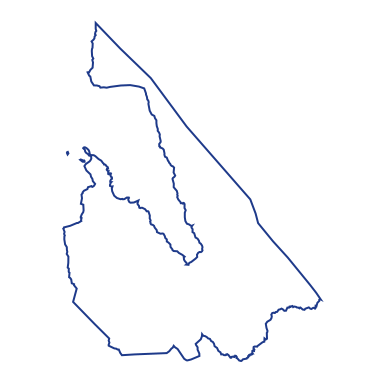 the district of Mangochi, Mangochi, Malawi
{"feature_id": "42251766B89682559169951", "entity_name": "Mangochi", "entity_type": "district", "adm_level": 2, "iso_a3": "MWI", "parent_name": "Malawi", "parent_adm1": "Mangochi", "projection": "orthographic", "projection_center": [35.105, -14.138], "detail": "fine", "context": "isolated", "style": "outline", "palette": "blue", "viewbox_px": 384, "rotation_deg": 0, "n_neighbors": 0, "source": "geoboundaries", "source_scale": "gbopen_adm2", "svg_char_len": 5953}
<svg xmlns="http://www.w3.org/2000/svg" viewBox="0 0 384 384"><path d="M199.4,356.0L199.3,353.5L197.6,349.7L197.6,347.3L196.0,344.9L195.7,343.9L200.8,339.3L201.9,336.4L202.1,334.2L203.3,335.8L205.0,336.1L206.7,337.0L208.1,338.4L209.9,338.9L211.2,341.1L212.8,341.9L214.0,343.7L214.6,346.2L217.1,348.0L218.3,350.8L220.5,352.4L221.2,354.4L222.7,354.3L223.9,355.1L225.1,355.2L225.9,355.1L226.2,354.4L227.2,354.2L227.4,354.6L228.3,354.8L230.4,357.7L230.9,357.8L231.3,357.7L231.5,356.9L233.6,356.5L233.8,356.9L234.5,357.0L235.1,355.7L236.0,355.9L236.8,357.0L236.6,358.1L237.5,358.5L239.2,360.5L241.1,361.0L241.6,360.8L243.0,359.3L246.7,358.6L246.9,358.0L248.2,357.4L248.1,356.2L249.2,355.9L249.2,355.1L249.9,355.2L250.2,354.5L251.3,354.7L251.5,354.6L251.2,354.3L251.5,353.7L252.7,353.6L252.4,353.2L252.3,351.0L253.0,350.7L253.9,350.9L253.8,350.3L254.3,349.8L253.6,349.1L253.9,348.8L253.5,348.0L253.7,346.9L254.6,346.5L257.2,346.6L257.4,346.1L262.6,342.2L264.3,341.7L264.5,338.4L265.8,339.5L267.0,338.7L266.8,332.9L267.2,332.4L267.5,330.9L266.5,328.0L265.8,323.8L267.3,321.7L270.5,319.8L271.5,318.0L271.8,316.2L271.3,314.7L272.3,313.0L273.7,312.7L274.5,313.0L275.2,312.8L275.6,312.1L277.2,311.8L278.6,309.7L280.2,309.3L281.5,308.6L282.7,309.2L284.3,310.8L286.0,310.7L287.4,307.6L288.9,307.7L289.4,306.6L289.9,306.5L290.0,306.9L290.5,307.0L291.2,306.4L292.3,306.0L293.1,307.1L294.0,306.5L296.1,306.9L296.9,307.5L298.0,307.5L299.4,308.3L299.9,307.6L300.4,307.5L302.7,309.5L304.5,309.8L305.3,308.7L308.8,307.4L310.2,308.6L311.3,309.0L313.3,307.8L314.3,308.0L315.0,308.6L315.5,308.0L315.4,307.5L316.1,306.9L315.5,306.4L315.6,305.7L316.3,305.9L316.6,305.6L317.4,302.8L319.3,300.9L319.3,299.7L320.3,299.2L320.7,299.4L316.2,292.8L310.0,284.8L287.8,257.6L273.0,241.3L258.1,223.1L255.6,213.5L250.3,199.4L186.6,126.5L150.8,78.1L120.1,48.4L95.7,23.0L95.7,28.9L96.3,30.9L95.5,31.9L95.0,34.1L95.7,35.1L94.6,36.5L94.4,38.4L93.5,39.7L91.6,41.4L92.7,43.5L92.5,47.8L92.0,49.0L91.8,50.9L92.1,56.2L93.3,58.6L92.3,59.9L93.0,62.5L92.6,67.7L90.4,69.9L89.0,72.5L88.6,72.7L88.0,72.2L87.6,72.3L89.2,75.7L90.3,76.5L91.3,81.5L93.9,85.4L96.9,85.5L99.5,86.2L100.4,87.6L103.8,87.3L106.7,87.7L110.2,86.9L120.8,85.5L130.2,85.1L139.0,86.6L144.2,88.4L146.0,93.5L146.0,94.5L146.9,96.8L147.3,99.5L148.2,100.4L148.7,102.2L148.4,103.8L149.7,110.7L151.7,114.5L154.3,115.9L155.0,118.2L156.4,120.3L156.4,123.1L156.8,126.2L157.8,129.0L157.7,130.8L159.0,132.5L159.8,134.4L159.6,136.4L160.7,141.1L160.6,142.1L159.2,144.0L159.3,146.3L160.1,146.6L160.1,147.5L162.5,148.4L163.7,149.6L164.5,153.4L164.4,154.7L165.0,156.7L166.8,157.6L168.0,160.8L168.6,161.3L169.1,162.7L170.2,163.8L170.6,164.9L171.6,165.9L172.8,166.3L174.1,167.6L173.6,172.5L175.2,175.6L174.4,176.8L172.9,178.0L172.5,178.9L173.8,183.7L173.7,187.2L176.8,190.9L177.5,193.5L177.2,194.7L177.7,195.8L177.2,197.1L178.3,199.5L180.6,202.3L180.8,203.2L182.0,203.2L182.8,203.6L183.3,202.9L184.1,203.2L184.6,204.2L184.5,208.0L185.7,210.2L184.8,212.7L184.8,217.3L185.4,221.1L186.9,223.7L189.0,224.4L191.3,226.0L192.3,225.6L191.6,226.6L191.5,227.6L192.6,229.2L192.5,232.1L194.2,233.2L195.5,237.5L197.6,238.7L199.0,240.9L199.4,242.7L200.8,243.7L202.0,245.5L202.5,247.1L202.1,249.0L202.5,250.4L202.0,251.3L200.9,252.1L199.5,252.0L198.2,252.8L197.0,254.7L197.2,257.0L195.6,258.6L191.2,262.0L189.4,262.8L188.6,264.0L188.5,264.8L186.3,264.6L186.7,264.3L186.6,263.0L184.9,261.2L184.0,259.6L183.7,256.7L184.2,257.0L184.6,256.7L182.4,254.9L178.8,252.9L177.3,251.3L173.6,251.0L172.5,250.1L172.4,249.4L170.5,246.9L170.4,244.5L168.4,242.5L166.8,241.5L166.8,239.4L165.3,238.0L164.8,236.1L163.5,233.8L162.7,233.5L160.4,233.7L157.0,232.1L156.7,230.1L154.7,227.6L154.0,225.8L152.8,224.9L151.1,224.4L150.5,223.4L150.5,222.2L150.1,221.7L150.6,220.4L149.7,218.4L149.8,215.5L148.5,211.6L148.0,211.2L146.7,211.3L145.1,209.2L142.3,207.8L141.0,207.8L140.2,208.1L139.3,207.7L138.9,205.7L137.7,204.4L137.5,203.3L138.4,200.5L133.9,202.5L130.5,202.7L129.4,202.1L128.4,200.3L128.3,199.0L129.0,197.9L128.8,197.5L126.9,197.5L124.4,199.1L122.9,199.3L122.4,198.9L120.5,199.2L116.9,198.0L114.2,195.7L112.2,191.3L111.8,188.6L112.5,186.4L111.3,186.5L110.0,185.9L110.0,184.8L110.8,182.6L111.3,182.1L110.3,182.0L110.2,181.1L111.1,179.3L112.0,178.8L111.9,177.3L110.9,176.7L110.7,176.0L110.5,174.2L111.0,173.7L110.8,173.3L109.9,173.3L109.6,174.5L108.3,174.1L108.1,172.9L108.5,171.2L108.0,171.3L106.7,169.7L107.0,168.8L108.1,168.6L107.8,167.2L106.6,166.3L105.4,164.7L104.0,164.5L103.8,163.7L103.0,163.1L101.3,160.7L98.5,159.0L95.3,156.1L93.7,155.2L91.5,155.1L91.1,156.3L91.3,158.6L90.7,159.9L89.7,161.3L85.7,164.1L84.4,166.1L86.4,170.5L90.5,174.4L91.0,176.7L92.4,178.9L92.8,181.1L95.1,183.9L94.1,185.7L92.5,186.9L92.0,186.8L91.4,186.1L88.0,187.2L87.4,189.1L84.0,190.7L82.6,192.4L82.7,193.1L81.5,194.6L82.0,198.3L80.9,203.8L83.3,204.7L83.6,210.4L83.2,212.2L81.8,214.3L80.7,217.0L80.8,217.8L81.2,217.9L81.4,217.1L81.6,217.9L81.0,220.4L81.3,221.0L77.9,223.0L76.9,223.0L70.2,225.8L64.0,227.4L63.9,228.1L63.3,228.6L64.6,231.9L64.1,233.9L64.8,235.6L64.4,236.3L64.3,239.2L65.1,244.4L66.8,247.1L66.9,249.9L67.3,251.9L66.7,253.9L68.4,256.6L68.3,263.0L67.7,267.6L68.8,268.6L68.7,271.5L68.9,272.2L69.5,272.7L69.1,277.2L70.2,278.0L71.2,279.4L71.8,283.3L74.1,284.2L74.0,285.2L76.7,288.6L73.1,301.9L94.8,324.2L109.2,338.5L108.7,340.6L109.4,342.6L108.6,345.0L108.7,345.7L114.3,348.4L116.3,348.7L117.5,349.5L118.8,349.5L120.2,352.8L121.9,355.2L134.8,354.4L166.7,353.1L169.3,351.2L171.4,348.6L172.7,347.7L173.7,345.8L174.8,347.1L177.6,349.0L184.2,358.8L186.5,360.3L187.5,360.4L191.0,359.5L199.4,356.0ZM90.7,155.9L90.8,155.1L89.9,154.5L89.2,151.3L88.4,149.8L86.6,148.2L85.2,147.4L84.2,147.3L83.4,147.8L83.2,148.2L84.9,149.9L85.2,151.6L86.3,153.0L87.9,154.0L89.1,155.6L90.7,155.9ZM81.3,160.2L80.8,159.5L80.2,159.8L82.6,161.7L84.5,161.8L84.6,161.1L84.0,160.4L83.1,160.7L82.1,160.0L81.3,160.2ZM67.6,154.5L68.4,153.4L67.8,151.9L67.1,152.2L66.9,152.9L67.6,154.5Z" fill="none" stroke="#1e3a8a" stroke-width="2"/></svg>